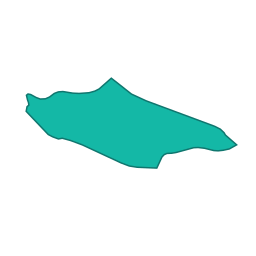 map outline of Chiradzulu (Equal Earth projection), rotated 294°
{"feature_id": "MWI-1917", "entity_name": "Chiradzulu", "entity_type": "District", "adm_level": 1, "iso_a3": "MWI", "parent_name": "Malawi", "parent_adm1": "", "projection": "equal_earth", "projection_center": [35.217, -15.764], "detail": "fine", "context": "isolated", "style": "filled", "palette": "teal", "viewbox_px": 256, "rotation_deg": 294, "n_neighbors": 0, "source": "natural_earth", "source_scale": "10m", "svg_char_len": 746}
<svg xmlns="http://www.w3.org/2000/svg" viewBox="0 0 256 256"><g transform="rotate(294 128 128)"><path d="M116.6,21.9L118.4,22.8L119.0,25.5L118.5,31.7L118.8,36.1L121.1,40.7L124.4,43.7L129.6,46.6L132.6,49.6L134.8,53.6L137.4,63.4L139.7,69.3L144.4,78.1L148.3,82.8L151.9,85.7L166.7,92.5L160.4,117.4L160.2,133.6L164.8,206.6L164.5,212.8L162.7,217.8L161.2,219.8L156.8,234.1L150.1,229.1L146.3,223.9L143.8,219.6L142.3,215.6L140.6,206.1L138.7,200.0L136.7,196.0L125.1,181.8L122.7,178.1L120.6,173.9L118.4,171.9L115.3,170.8L103.1,170.6L95.9,152.4L93.8,144.6L93.3,135.9L94.0,93.3L93.2,80.5L91.9,72.1L89.7,68.9L89.3,62.8L89.6,57.8L101.8,28.2L106.4,27.1L108.6,28.1L110.8,26.7L112.9,24.7L116.6,21.9Z" fill="#14b8a6" stroke="#0f766e" stroke-width="1.5"/></g></svg>